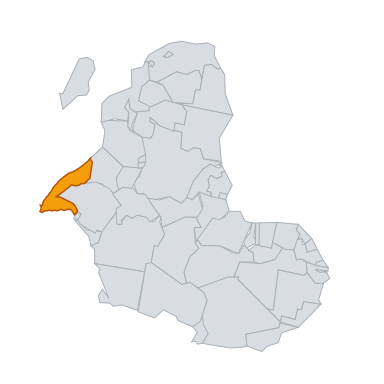 where Somalia sits in Africa, rotated 188°
{"feature_id": "SOM", "entity_name": "Somalia", "entity_type": "country or territory", "adm_level": 0, "iso_a3": "SOM", "parent_name": "Africa", "parent_adm1": "", "projection": "albers", "projection_center": [45.827, 5.144], "detail": "fine", "context": "in_parent", "style": "filled", "palette": "amber", "viewbox_px": 384, "rotation_deg": 188, "n_neighbors": 49, "source": "natural_earth", "source_scale": "50m", "svg_char_len": 12279}
<svg xmlns="http://www.w3.org/2000/svg" viewBox="0 0 384 384"><g transform="rotate(188 192 192)"><path d="M263.7,207.5L286.9,224.1L286.7,240.6L291.6,248.5L288.1,250.9L265.8,253.3L262.3,244.2L249.0,239.3L244.2,231.4L243.2,222.6L249.5,217.8L248.3,208.0L263.7,207.5Z" fill="#d9dde1" stroke="#a8b0b8" stroke-width="1"/><path d="M86.5,75.6L85.9,81.8L72.1,80.3L71.3,90.9L67.3,90.9L66.3,99.1L48.6,98.9L68.0,72.8L86.5,75.6Z" fill="#d9dde1" stroke="#a8b0b8" stroke-width="1"/><path d="M243.2,222.6L249.0,239.3L240.0,239.9L238.0,253.8L243.6,255.6L243.8,260.1L232.6,252.9L210.3,249.9L209.0,233.6L201.7,231.8L196.8,236.1L189.9,236.2L185.2,226.5L166.8,225.2L173.4,219.9L177.6,222.2L184.2,216.2L192.1,202.9L196.9,182.7L201.1,179.2L213.8,184.2L228.1,179.2L235.7,179.6L240.2,183.9L245.8,182.6L252.0,193.4L246.1,200.3L243.2,222.6Z" fill="#d9dde1" stroke="#a8b0b8" stroke-width="1"/><path d="M286.9,224.1L263.7,207.5L268.9,195.0L264.6,184.6L270.3,179.1L282.5,187.7L298.9,186.5L295.1,191.5L297.6,211.1L286.9,224.1Z" fill="#d9dde1" stroke="#a8b0b8" stroke-width="1"/><path d="M223.9,166.0L220.6,163.9L219.1,162.6L219.7,157.6L213.1,146.4L218.3,133.1L222.0,133.5L222.5,114.6L227.4,114.8L227.7,106.3L278.2,107.5L280.6,121.9L284.5,124.6L277.8,129.1L275.1,143.8L266.2,156.5L264.8,165.0L259.8,149.2L253.5,159.8L247.7,157.6L243.1,161.4L233.5,160.8L226.3,157.0L221.0,164.1L223.9,166.0Z" fill="#d9dde1" stroke="#a8b0b8" stroke-width="1"/><path d="M222.4,116.4L222.0,133.5L218.3,133.1L213.1,146.4L216.9,152.9L195.1,166.4L183.3,167.9L178.0,158.2L184.7,156.7L181.6,141.8L177.3,137.1L185.1,127.6L188.7,111.6L184.7,100.9L189.1,98.9L222.4,116.4Z" fill="#d9dde1" stroke="#a8b0b8" stroke-width="1"/><path d="M181.0,318.8L183.3,317.1L190.7,321.0L197.3,319.1L197.9,305.1L202.1,313.1L205.4,312.9L213.4,307.6L224.1,308.8L241.7,296.1L249.7,296.9L252.9,305.3L252.3,310.9L248.7,310.4L247.0,314.2L249.7,316.3L256.8,314.4L253.8,321.9L235.1,336.0L223.7,339.8L208.9,339.0L197.2,341.8L189.5,339.2L189.1,330.4L181.0,318.8ZM238.9,322.3L234.8,321.8L229.8,325.4L234.8,328.0L238.9,322.3Z" fill="#d9dde1" stroke="#a8b0b8" stroke-width="1"/><path d="M238.9,322.3L234.8,328.0L229.8,325.4L234.8,321.8L238.9,322.3Z" fill="#d9dde1" stroke="#a8b0b8" stroke-width="1"/><path d="M249.7,296.9L235.3,293.5L223.3,278.1L231.3,279.2L246.2,269.6L257.7,274.8L256.5,289.3L249.7,296.9Z" fill="#d9dde1" stroke="#a8b0b8" stroke-width="1"/><path d="M241.7,296.1L224.1,308.8L213.4,307.6L205.4,312.9L202.1,313.1L197.9,305.1L198.3,293.7L202.8,293.8L203.5,279.5L223.3,278.1L235.3,293.5L241.7,296.1Z" fill="#d9dde1" stroke="#a8b0b8" stroke-width="1"/><path d="M198.3,293.7L197.3,319.1L190.7,321.0L183.3,317.1L181.0,318.8L176.1,313.0L172.7,293.6L162.2,273.7L222.5,277.4L203.5,279.5L202.8,293.8L198.3,293.7Z" fill="#d9dde1" stroke="#a8b0b8" stroke-width="1"/><path d="M47.0,130.8L43.6,125.5L50.7,118.6L57.4,118.7L66.9,128.2L68.9,137.9L46.6,136.1L46.3,132.7L59.3,132.4L47.0,130.8Z" fill="#d9dde1" stroke="#a8b0b8" stroke-width="1"/><path d="M68.9,137.9L66.9,128.2L69.4,125.0L95.7,126.8L95.0,86.4L101.5,86.8L134.1,111.5L134.0,114.2L138.7,114.1L135.0,129.4L114.7,130.5L101.5,136.1L94.5,149.2L83.0,149.0L79.1,139.4L74.4,141.0L68.9,137.9Z" fill="#d9dde1" stroke="#a8b0b8" stroke-width="1"/><path d="M48.6,98.9L66.3,99.1L67.3,90.9L71.3,90.9L72.1,80.3L85.9,81.8L86.5,75.6L101.5,86.8L95.0,86.4L95.7,126.8L69.4,125.0L66.9,128.2L57.4,118.7L49.1,119.9L51.6,103.0L48.6,98.9Z" fill="#d9dde1" stroke="#a8b0b8" stroke-width="1"/><path d="M128.2,169.9L124.6,170.1L124.6,156.9L121.2,150.8L130.7,143.7L134.3,150.5L129.0,160.0L128.2,169.9Z" fill="#d9dde1" stroke="#a8b0b8" stroke-width="1"/><path d="M184.7,100.9L188.7,111.6L185.1,127.6L177.3,137.1L181.6,141.8L179.6,145.4L175.1,140.3L157.4,142.7L142.3,137.3L136.5,138.4L133.8,146.4L123.0,140.4L120.8,131.2L135.0,129.4L138.7,114.1L172.7,97.8L181.6,102.4L184.7,100.9Z" fill="#d9dde1" stroke="#a8b0b8" stroke-width="1"/><path d="M128.2,169.9L137.7,137.5L157.4,142.7L175.1,140.3L181.3,147.2L167.8,169.1L156.8,170.8L153.1,178.0L141.6,179.6L135.4,170.3L128.2,169.9Z" fill="#d9dde1" stroke="#a8b0b8" stroke-width="1"/><path d="M181.1,143.8L184.7,156.7L178.0,158.2L184.1,166.7L179.2,179.6L185.0,193.1L157.5,189.3L153.0,179.2L154.5,175.0L160.8,168.4L167.8,169.1L181.1,143.8Z" fill="#d9dde1" stroke="#a8b0b8" stroke-width="1"/><path d="M121.9,148.5L124.6,170.1L121.0,170.8L117.7,149.5L121.9,148.5Z" fill="#d9dde1" stroke="#a8b0b8" stroke-width="1"/><path d="M118.1,148.1L121.0,170.8L103.7,173.7L105.3,147.4L118.1,148.1Z" fill="#d9dde1" stroke="#a8b0b8" stroke-width="1"/><path d="M83.0,149.0L91.0,148.2L105.3,153.3L103.7,173.7L82.3,174.8L83.4,168.9L79.2,165.2L83.0,149.0Z" fill="#d9dde1" stroke="#a8b0b8" stroke-width="1"/><path d="M59.5,136.4L74.4,141.0L79.1,139.4L83.0,149.0L81.0,160.0L76.9,161.3L75.0,155.7L71.6,156.2L69.6,148.5L60.0,152.7L52.7,142.6L59.5,136.4Z" fill="#d9dde1" stroke="#a8b0b8" stroke-width="1"/><path d="M46.6,136.1L59.5,136.4L59.0,139.8L52.7,142.6L46.6,136.1Z" fill="#d9dde1" stroke="#a8b0b8" stroke-width="1"/><path d="M80.3,159.9L79.2,165.2L83.4,168.9L82.3,174.8L67.0,162.7L72.8,156.1L76.9,161.3L80.3,159.9Z" fill="#d9dde1" stroke="#a8b0b8" stroke-width="1"/><path d="M60.0,152.7L69.6,148.5L72.8,156.1L67.0,162.7L60.0,152.7Z" fill="#d9dde1" stroke="#a8b0b8" stroke-width="1"/><path d="M94.5,149.2L100.3,137.1L114.7,130.5L120.8,131.2L123.0,140.4L127.9,141.8L121.9,148.5L105.3,147.4L105.3,153.3L94.5,149.2Z" fill="#d9dde1" stroke="#a8b0b8" stroke-width="1"/><path d="M235.7,179.6L222.7,179.7L213.8,184.2L201.1,179.2L196.4,185.8L190.6,184.6L185.4,190.8L179.3,176.4L183.3,167.9L195.1,166.4L216.9,152.9L219.1,162.6L235.7,179.6Z" fill="#d9dde1" stroke="#a8b0b8" stroke-width="1"/><path d="M196.4,185.8L192.1,202.9L184.2,216.2L177.6,222.2L169.0,219.4L165.8,221.9L162.4,217.1L165.9,214.8L164.4,211.9L169.4,208.6L175.6,211.2L177.7,206.3L175.4,200.1L177.6,195.1L173.3,194.4L172.6,190.1L185.0,193.1L190.6,184.6L196.4,185.8Z" fill="#d9dde1" stroke="#a8b0b8" stroke-width="1"/><path d="M164.7,189.8L172.0,189.9L173.3,194.4L177.6,195.1L175.4,200.1L177.7,206.3L175.6,211.2L169.4,208.6L164.4,211.9L165.9,214.8L162.4,217.1L153.0,204.0L156.5,194.8L164.4,195.1L164.7,189.8Z" fill="#d9dde1" stroke="#a8b0b8" stroke-width="1"/><path d="M157.5,189.3L164.7,189.8L164.4,195.1L156.5,194.8L157.5,189.3Z" fill="#d9dde1" stroke="#a8b0b8" stroke-width="1"/><path d="M249.0,239.3L260.0,245.3L257.2,262.3L259.6,263.5L245.8,266.6L246.2,269.6L231.3,279.2L214.1,276.9L208.3,270.8L209.0,257.5L218.3,257.9L218.1,249.5L232.6,252.9L243.8,260.1L243.6,255.6L238.0,253.8L238.7,242.6L241.2,239.4L249.0,239.3Z" fill="#d9dde1" stroke="#a8b0b8" stroke-width="1"/><path d="M257.9,243.4L264.6,247.5L265.6,261.9L270.6,266.3L267.5,275.3L265.1,266.2L257.2,262.3L261.1,249.0L257.9,243.4Z" fill="#d9dde1" stroke="#a8b0b8" stroke-width="1"/><path d="M265.8,253.3L278.8,253.7L291.6,248.5L293.6,266.9L287.5,275.3L266.2,287.4L269.0,304.6L257.7,309.2L256.8,314.4L253.3,314.3L249.7,296.9L256.5,289.3L257.7,274.8L246.4,271.1L245.8,266.6L259.6,263.5L265.1,266.2L267.5,275.3L270.6,266.3L265.6,261.9L265.8,253.3Z" fill="#d9dde1" stroke="#a8b0b8" stroke-width="1"/><path d="M253.3,314.3L249.7,316.3L247.0,314.2L248.7,310.4L253.3,314.3Z" fill="#d9dde1" stroke="#a8b0b8" stroke-width="1"/><path d="M165.8,221.9L169.0,221.8L166.8,225.2L165.8,221.9ZM167.3,226.6L185.2,226.5L189.9,236.2L196.8,236.1L201.7,231.8L209.0,233.6L210.3,249.9L218.6,250.8L218.3,257.9L209.0,257.5L208.3,270.8L214.1,276.9L162.2,273.7L172.5,249.2L167.3,226.6Z" fill="#d9dde1" stroke="#a8b0b8" stroke-width="1"/><path d="M248.4,213.6L249.5,217.8L243.2,222.6L242.0,215.3L248.4,213.6Z" fill="#d9dde1" stroke="#a8b0b8" stroke-width="1"/><path d="M331.4,255.9L336.8,271.2L333.7,271.2L322.1,308.2L314.4,310.7L308.1,308.3L305.0,299.7L310.1,286.5L307.9,278.2L310.1,273.3L318.5,271.5L331.4,255.9Z" fill="#d9dde1" stroke="#a8b0b8" stroke-width="1"/><path d="M46.3,132.7L54.1,130.2L59.3,132.4L46.3,132.7Z" fill="#d9dde1" stroke="#a8b0b8" stroke-width="1"/><path d="M163.6,69.3L156.3,54.0L160.7,43.5L165.3,42.2L167.9,44.7L171.5,43.5L167.3,53.7L172.6,58.6L163.6,69.3Z" fill="#d9dde1" stroke="#a8b0b8" stroke-width="1"/><path d="M86.5,75.6L87.0,69.7L118.9,58.6L116.2,47.2L120.3,45.4L131.7,42.9L160.7,43.5L156.3,54.0L162.2,62.1L164.8,72.9L162.0,86.3L165.7,93.6L172.7,97.8L144.9,112.6L134.0,114.2L134.1,111.5L86.5,75.6Z" fill="#d9dde1" stroke="#a8b0b8" stroke-width="1"/><path d="M275.8,140.0L277.8,129.1L284.5,124.6L288.1,133.7L304.5,147.8L301.3,148.5L291.3,139.8L275.8,140.0Z" fill="#d9dde1" stroke="#a8b0b8" stroke-width="1"/><path d="M68.0,72.8L83.6,65.0L85.6,54.8L96.1,49.7L100.7,43.8L116.2,47.2L118.9,58.6L87.0,69.7L86.6,74.5L68.0,72.8Z" fill="#d9dde1" stroke="#a8b0b8" stroke-width="1"/><path d="M278.2,107.5L227.7,106.3L229.6,67.2L245.3,70.4L254.0,68.0L258.1,70.5L267.8,69.6L270.4,76.4L267.1,83.2L259.5,75.2L273.3,99.3L272.5,102.8L278.2,107.5Z" fill="#d9dde1" stroke="#a8b0b8" stroke-width="1"/><path d="M228.7,65.9L227.4,114.8L222.4,116.4L189.1,98.9L181.6,102.4L165.7,93.6L162.0,86.3L165.8,65.2L172.6,58.6L188.2,62.8L190.0,66.4L203.9,71.4L211.7,62.1L228.7,65.9Z" fill="#d9dde1" stroke="#a8b0b8" stroke-width="1"/><path d="M324.9,168.5L312.5,181.7L288.8,188.6L274.0,183.9L260.3,168.9L275.8,140.0L280.8,141.0L282.2,137.8L298.1,144.5L301.3,148.5L298.7,155.0L303.1,155.6L307.0,163.3L324.9,168.5Z" fill="#d9dde1" stroke="#a8b0b8" stroke-width="1"/><path d="M301.3,148.5L305.5,149.2L303.1,155.6L298.7,155.0L301.3,148.5Z" fill="#d9dde1" stroke="#a8b0b8" stroke-width="1"/><path d="M263.7,207.5L244.6,208.8L252.4,186.4L264.6,184.6L266.6,187.7L268.9,195.0L263.7,207.5Z" fill="#d9dde1" stroke="#a8b0b8" stroke-width="1"/><path d="M248.3,208.0L249.7,213.1L242.0,215.3L243.3,210.0L248.3,208.0Z" fill="#d9dde1" stroke="#a8b0b8" stroke-width="1"/><path d="M250.6,187.6L245.8,182.6L238.2,183.3L221.0,164.1L229.5,156.5L233.5,160.8L243.1,161.4L247.7,157.6L253.5,159.8L258.2,154.3L256.8,150.4L261.8,149.6L264.8,165.0L260.3,168.9L270.3,179.1L261.8,186.6L250.6,187.6Z" fill="#d9dde1" stroke="#a8b0b8" stroke-width="1"/><path d="M297.4,210.8L297.3,210.7L296.9,210.1L296.1,209.1L295.5,208.3L294.9,207.6L294.9,206.9L294.9,205.1L294.9,201.4L295.0,197.7L295.0,193.9L295.0,192.1L295.0,191.3L295.0,191.2L295.7,190.5L296.6,189.6L297.9,187.9L298.5,187.0L299.0,186.2L299.7,185.5L300.6,185.2L301.1,185.2L303.0,184.9L303.3,184.7L303.5,184.5L303.6,184.2L304.0,183.7L304.5,183.3L305.4,182.8L306.3,182.4L306.5,182.4L307.6,182.1L307.8,182.1L308.3,182.0L309.9,182.1L311.1,182.1L312.3,182.2L313.3,181.2L314.6,179.7L315.5,178.8L316.8,177.4L317.8,176.3L318.9,175.1L320.0,174.1L321.3,172.8L322.1,172.0L323.4,170.8L324.6,169.6L325.7,168.5L324.2,168.5L322.7,168.5L321.3,168.5L321.1,168.4L319.9,168.0L318.4,167.5L316.5,166.8L315.1,166.4L313.7,165.9L312.3,165.4L311.1,165.0L309.7,164.6L308.5,164.2L308.3,164.1L307.6,163.4L306.7,162.6L306.1,162.4L305.8,162.0L305.4,161.4L305.0,160.7L304.8,160.2L304.3,160.0L304.1,159.6L303.7,159.1L303.4,158.8L303.3,158.5L303.1,158.0L302.9,157.5L302.6,157.2L302.6,156.9L303.0,156.2L303.2,155.9L303.5,155.7L303.7,155.4L304.3,154.4L304.8,153.7L305.1,153.1L306.0,153.8L306.8,155.1L307.8,156.2L309.1,157.3L309.6,157.6L310.1,157.8L312.5,157.8L314.2,156.8L315.7,156.2L316.3,156.0L317.2,156.2L318.2,156.3L319.1,156.5L319.5,156.4L321.3,155.6L322.4,154.9L323.1,154.5L323.4,154.5L324.5,154.8L325.8,154.7L327.6,154.0L328.2,153.9L328.6,153.9L329.6,154.1L329.8,154.1L330.3,154.1L331.7,153.8L332.8,153.3L334.8,152.9L336.4,152.0L336.6,151.6L337.1,151.1L337.8,150.9L339.5,151.5L339.8,151.6L339.7,151.9L339.6,152.3L339.3,153.0L339.1,153.7L339.2,154.9L339.3,156.7L339.3,157.0L339.2,157.2L339.1,157.5L338.9,157.7L339.0,157.7L339.6,157.5L339.5,157.3L339.6,157.2L340.0,157.4L340.3,157.5L340.4,157.9L339.9,157.8L339.6,157.7L338.9,157.9L338.4,158.1L338.3,158.5L338.2,159.9L338.0,160.9L338.0,162.1L337.4,163.0L337.2,163.5L336.3,164.7L335.9,165.7L335.7,166.2L334.9,167.6L333.8,168.6L333.4,170.0L333.1,170.8L332.6,171.6L331.7,172.9L331.2,173.9L330.6,175.5L330.4,176.5L328.6,179.5L326.8,181.9L325.7,184.0L323.7,186.3L320.9,189.3L317.3,192.9L316.3,193.6L312.3,195.8L309.7,197.7L308.4,198.9L307.0,200.0L305.9,201.1L302.6,204.5L302.2,204.9L301.9,205.2L301.5,205.8L301.2,206.0L300.4,207.0L299.9,207.5L299.3,208.0L299.1,208.4L298.9,208.8L298.7,209.0L298.2,210.0L297.8,210.7L297.3,211.2L297.4,210.8Z" fill="#f59e0b" stroke="#b45309" stroke-width="1.5"/></g></svg>